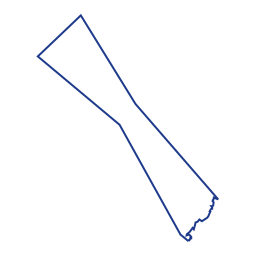 Ngebei, Ngarchelong, Palau
{"feature_id": "81905179B67536129813351", "entity_name": "Ngebei", "entity_type": "district", "adm_level": 2, "iso_a3": "PLW", "parent_name": "Palau", "parent_adm1": "Ngarchelong", "projection": "natural_earth1", "projection_center": [134.641, 7.697], "detail": "fine", "context": "isolated", "style": "outline", "palette": "blue", "viewbox_px": 256, "rotation_deg": 0, "n_neighbors": 0, "source": "geoboundaries", "source_scale": "gbopen_adm2", "svg_char_len": 709}
<svg xmlns="http://www.w3.org/2000/svg" viewBox="0 0 256 256"><path d="M80.8,15.4L37.8,56.4L119.6,124.8L180.5,234.6L187.8,240.6L188.6,240.2L189.4,240.3L189.6,239.6L190.0,239.2L190.3,237.9L191.2,238.2L191.3,237.0L190.7,236.2L189.7,235.1L188.6,234.6L186.6,235.4L186.9,234.2L189.3,232.3L191.2,229.9L192.6,227.9L193.8,229.3L195.2,224.4L195.5,222.5L197.5,221.8L199.4,219.5L201.9,221.2L207.0,217.9L208.2,216.5L210.3,211.6L209.7,211.3L210.7,209.5L211.6,208.5L212.2,208.6L212.2,207.6L211.9,207.0L211.3,206.2L212.3,206.2L213.2,205.6L213.2,204.8L213.4,203.8L213.6,202.9L213.4,201.8L212.6,201.3L212.7,200.3L213.4,199.8L213.8,197.6L218.2,199.4L135.5,104.0L80.8,15.4Z" fill="none" stroke="#1e3a8a" stroke-width="2"/></svg>